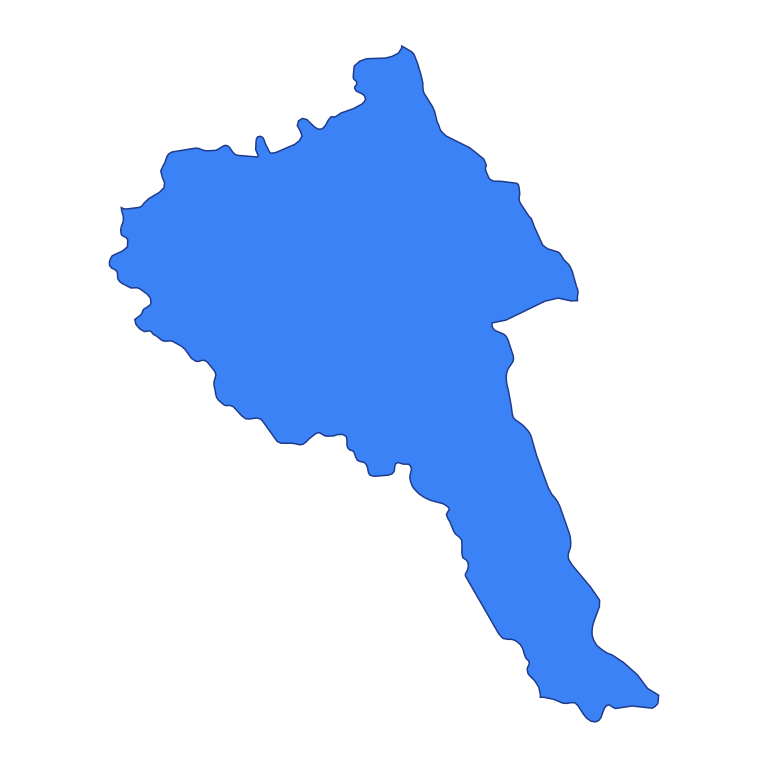 the Province of Bayan-Ölgiy
{"feature_id": "MNG-3208", "entity_name": "Bayan-Ölgiy", "entity_type": "Province", "adm_level": 1, "iso_a3": "MNG", "parent_name": "Mongolia", "parent_adm1": "", "projection": "albers", "projection_center": [89.851, 48.282], "detail": "fine", "context": "isolated", "style": "filled", "palette": "blue", "viewbox_px": 768, "rotation_deg": 0, "n_neighbors": 0, "source": "natural_earth", "source_scale": "10m", "svg_char_len": 5185}
<svg xmlns="http://www.w3.org/2000/svg" viewBox="0 0 768 768"><path d="M131.0,288.0L122.6,283.7L120.0,281.9L118.1,279.4L117.6,277.6L117.5,273.5L117.0,271.7L115.9,270.3L114.5,269.4L111.7,268.1L109.6,265.6L109.4,262.2L110.5,258.6L112.3,255.7L122.7,250.9L127.5,246.7L127.7,239.6L125.8,237.3L123.3,236.3L121.3,234.6L120.7,230.2L121.4,226.1L122.6,223.3L123.4,220.4L123.2,215.9L121.5,209.9L121.3,207.6L123.9,208.8L126.3,209.0L139.4,207.4L141.8,206.1L144.2,203.0L149.0,198.5L159.3,192.4L163.9,187.9L164.6,182.9L162.3,177.0L160.7,171.0L163.4,165.2L164.7,163.1L166.9,156.6L168.6,154.0L171.9,152.0L194.9,148.2L197.8,148.2L204.1,150.5L207.2,150.8L215.3,150.4L217.7,149.5L223.2,146.1L225.0,145.4L227.5,145.7L229.4,147.3L232.7,152.0L235.3,154.6L238.3,155.4L257.7,157.0L258.3,155.9L255.7,149.6L256.0,142.2L256.4,139.0L257.6,136.9L260.3,136.3L262.7,137.4L264.1,140.0L265.1,143.1L266.4,146.0L267.6,147.9L268.5,150.1L269.5,152.0L271.1,153.3L276.1,152.4L294.9,144.3L299.4,140.6L302.0,136.0L300.3,131.0L297.3,125.5L298.5,120.9L302.3,118.4L306.8,119.5L314.2,126.7L317.9,129.1L322.0,129.0L325.4,125.6L328.0,120.6L331.0,116.8L335.3,116.9L341.0,113.0L353.3,108.7L361.7,104.2L364.3,101.9L365.6,98.9L364.2,95.4L361.9,93.8L356.2,91.0L354.6,88.5L354.8,86.8L356.6,84.5L356.8,82.4L356.2,81.3L354.0,79.2L353.3,77.9L353.3,75.4L354.0,67.8L354.4,65.9L355.6,64.9L359.9,61.1L366.7,58.7L385.1,58.1L391.9,56.5L398.2,53.3L401.6,48.2L401.7,46.1L404.6,47.6L411.5,51.7L412.9,53.0L413.7,54.0L414.4,55.3L417.7,63.8L421.3,76.1L422.6,82.1L422.8,83.3L422.9,88.1L423.1,89.4L423.5,91.9L424.3,93.6L432.7,107.0L434.6,111.4L436.9,120.9L437.2,122.0L438.2,123.9L439.0,126.0L439.7,128.2L440.5,130.2L441.4,131.3L442.6,132.7L446.1,136.0L469.8,147.8L483.7,159.0L485.2,162.2L486.3,165.3L485.7,167.4L485.4,168.7L485.7,170.1L485.9,171.0L486.7,173.0L488.8,177.8L489.4,178.7L490.0,179.3L493.4,181.1L500.9,181.3L513.7,182.9L516.9,183.4L517.8,184.0L518.5,185.1L519.0,187.2L519.7,192.7L519.7,193.9L519.6,195.0L519.2,197.0L519.1,198.1L519.2,199.3L519.3,200.5L519.8,202.0L520.6,203.6L528.9,216.2L529.9,217.4L531.1,218.3L531.5,219.0L534.7,227.6L542.6,244.9L544.7,246.7L547.9,248.9L557.4,251.8L559.0,252.7L560.0,253.7L561.0,255.0L564.1,260.0L568.2,264.0L569.5,265.7L570.2,266.9L572.2,271.2L576.7,287.3L577.4,288.8L577.8,290.3L578.1,291.9L577.4,296.8L577.5,300.7L571.0,300.9L558.2,298.1L545.1,301.1L506.2,320.0L492.3,322.9L492.0,325.2L492.3,326.9L493.3,328.7L494.9,330.4L503.8,334.2L506.2,336.4L508.0,339.9L512.9,354.7L513.6,358.5L513.1,361.3L507.9,369.2L506.5,373.8L506.2,378.6L506.9,384.5L508.3,390.0L511.4,406.9L511.9,411.5L512.4,414.3L513.3,417.6L515.6,419.9L522.1,424.6L524.4,426.7L528.3,431.2L529.7,433.2L531.2,436.6L536.5,455.2L548.2,487.7L552.0,494.6L554.7,497.6L557.6,501.7L560.0,506.7L569.5,533.9L570.4,537.9L570.7,542.9L570.6,546.7L569.5,550.3L568.6,552.7L568.1,555.6L568.6,559.1L572.1,565.0L590.7,587.2L599.6,600.2L599.4,606.6L593.4,622.9L592.4,627.3L592.0,631.7L592.2,635.7L593.7,640.2L596.8,645.5L602.9,650.4L607.0,653.0L612.2,655.0L623.4,662.4L637.4,674.8L647.5,688.4L658.6,695.2L658.3,700.0L657.7,703.8L654.6,706.9L652.1,708.2L632.2,706.0L615.5,708.5L613.2,707.5L609.2,704.8L606.7,705.5L605.0,707.3L603.5,710.4L600.9,717.7L598.7,720.6L595.2,721.9L590.9,721.1L586.5,718.0L583.3,714.0L577.8,705.4L574.8,702.7L570.8,702.7L566.9,703.4L562.6,703.1L553.7,699.3L543.5,697.2L540.3,697.3L540.4,694.7L538.9,687.4L534.8,680.8L529.9,676.0L527.9,673.3L527.2,669.2L527.5,667.7L529.0,664.6L529.3,663.1L528.8,661.1L527.8,660.0L526.7,659.0L525.7,657.7L524.3,654.1L523.4,650.7L522.2,647.4L520.1,644.4L517.3,641.9L514.4,640.1L511.4,639.3L508.2,639.4L502.9,638.4L498.8,633.9L465.6,576.3L465.3,574.9L465.6,573.5L466.5,572.1L467.8,569.2L468.4,565.9L468.0,562.7L466.4,560.1L462.7,557.6L461.8,552.4L462.0,546.1L461.7,540.1L459.8,537.5L455.4,533.9L453.7,531.2L449.7,521.4L447.9,518.6L446.4,514.6L447.7,511.9L449.3,509.7L448.6,507.6L445.8,505.3L443.0,503.7L430.7,500.4L424.6,497.6L418.8,493.7L413.9,488.6L412.2,485.9L410.7,482.0L409.8,477.8L410.3,474.2L411.4,470.0L410.8,466.4L408.7,464.2L403.2,464.1L398.0,462.5L395.8,463.6L394.8,466.0L394.6,468.6L394.2,471.2L392.5,473.6L388.2,475.2L374.3,476.3L370.0,475.2L368.5,472.8L367.4,467.2L366.3,464.6L364.2,462.4L359.6,461.4L357.4,460.3L355.9,457.7L354.8,454.4L353.7,451.6L351.9,450.5L349.6,449.9L347.9,448.0L346.9,445.2L347.0,441.9L346.4,436.5L342.5,434.4L337.5,434.6L333.7,435.9L327.2,436.2L325.0,435.9L319.8,432.9L317.8,432.7L315.2,434.0L308.7,439.2L306.5,441.6L303.2,444.2L299.9,444.8L293.1,443.3L280.9,443.2L277.1,441.4L262.4,420.8L260.4,419.0L256.8,418.0L249.2,419.0L245.8,418.8L241.8,415.9L233.3,406.7L229.6,405.3L226.2,405.7L223.7,404.7L218.6,400.3L216.6,397.5L215.7,394.0L215.1,390.1L214.2,386.3L213.9,382.4L215.9,375.1L215.0,371.6L207.0,361.7L203.9,360.2L201.3,360.5L198.7,361.4L195.7,361.2L191.4,358.3L184.9,349.2L181.4,346.2L172.5,341.3L170.2,340.9L165.7,341.2L163.4,341.0L161.1,339.8L156.9,336.3L153.4,334.4L151.3,331.8L150.1,331.0L148.8,330.9L145.7,331.5L144.1,331.4L139.8,328.9L135.9,324.3L134.8,319.5L139.1,316.2L141.0,314.7L142.1,312.6L142.9,310.5L143.8,309.1L149.8,305.3L150.9,303.5L150.5,298.4L147.3,294.2L139.8,288.8L136.9,287.7L131.0,288.0Z" fill="#3b82f6" stroke="#1e3a8a" stroke-width="1.5"/></svg>